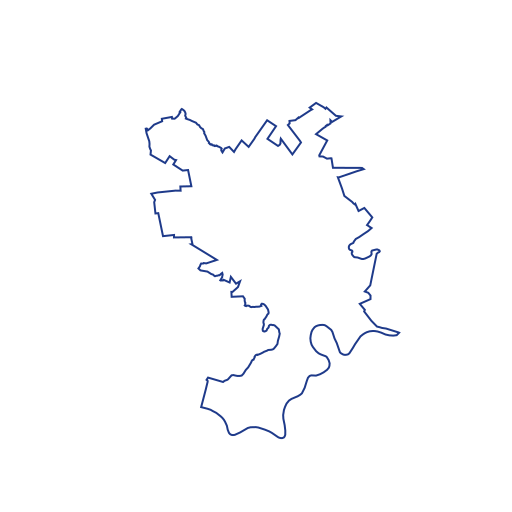 Catazajá, Chiapas, Mexico (Robinson projection), rotated 123°
{"feature_id": "50627088B33192672219794", "entity_name": "Catazajá", "entity_type": "district", "adm_level": 2, "iso_a3": "MEX", "parent_name": "Mexico", "parent_adm1": "Chiapas", "projection": "robinson", "projection_center": [-91.989, 17.768], "detail": "fine", "context": "isolated", "style": "outline", "palette": "blue", "viewbox_px": 512, "rotation_deg": 123, "n_neighbors": 0, "source": "geoboundaries", "source_scale": "gbopen_adm2", "svg_char_len": 6132}
<svg xmlns="http://www.w3.org/2000/svg" viewBox="0 0 512 512"><g transform="rotate(123 256 256)"><path d="M391.7,133.7L390.0,134.1L386.4,136.4L382.3,139.8L377.6,144.4L374.6,146.6L369.9,148.7L366.6,149.5L363.1,150.0L359.3,149.6L356.5,148.4L350.7,144.5L348.2,143.3L346.2,142.7L340.0,143.4L333.3,145.3L329.8,146.1L327.4,145.7L326.0,144.6L323.6,140.5L320.3,137.9L316.7,135.9L312.7,134.4L309.9,134.1L308.1,134.6L305.9,135.8L303.8,138.3L302.2,141.6L302.1,142.9L302.9,146.4L303.3,148.4L303.5,150.5L303.1,153.7L301.3,158.8L300.1,161.1L298.1,163.4L295.4,165.6L292.5,167.0L289.4,168.1L287.1,168.4L283.8,168.1L282.0,167.3L280.4,166.1L279.0,164.7L277.6,162.8L276.8,161.3L276.5,160.1L276.5,158.2L277.0,152.7L278.1,150.5L282.4,145.2L285.0,140.9L291.0,133.2L291.3,132.0L291.2,129.7L290.9,128.4L290.3,127.3L289.3,126.1L288.1,125.1L286.5,124.7L280.3,124.7L275.9,124.9L266.5,124.6L263.5,123.6L261.5,122.7L259.6,121.6L257.3,119.7L255.2,117.1L254.2,115.4L253.1,112.9L252.1,109.3L251.3,104.6L249.9,100.9L248.0,97.5L245.8,94.9L242.4,94.2L242.5,94.9L246.0,107.4L247.7,111.1L248.4,113.6L249.3,116.1L247.5,124.0L243.6,135.1L241.9,135.4L239.6,142.9L229.8,136.5L226.8,138.4L225.7,141.8L226.5,145.4L218.4,144.2L188.4,156.0L186.7,155.5L185.6,154.8L184.6,154.8L184.2,155.4L184.1,155.8L184.4,157.7L184.9,158.5L185.7,159.3L188.2,161.6L188.7,161.7L189.7,161.5L191.4,160.1L192.7,160.0L193.6,160.2L194.8,160.7L197.4,162.3L198.8,163.2L200.1,164.4L200.8,165.5L201.1,166.5L201.9,169.9L203.4,172.9L203.2,174.1L202.6,175.9L202.1,176.7L201.7,177.1L200.7,177.6L200.0,177.4L199.4,177.9L199.2,178.3L199.2,178.8L199.6,180.2L199.6,180.8L199.4,181.7L198.6,182.6L197.6,183.2L197.0,183.4L195.6,183.4L194.4,183.0L192.2,181.6L191.6,181.5L190.8,181.8L187.4,181.6L184.0,179.8L178.9,177.7L174.1,175.6L169.6,174.3L169.6,179.7L164.8,179.5L160.3,179.5L156.7,191.3L162.4,194.5L158.2,201.0L158.9,201.0L158.8,203.0L158.3,204.7L157.5,214.6L152.5,220.7L145.4,230.2L145.0,229.4L130.1,217.7L124.5,213.0L124.4,215.1L140.1,239.5L133.0,245.9L133.2,246.4L135.7,249.5L136.1,254.0L137.9,257.0L137.1,257.8L120.3,259.2L121.1,272.0L113.1,269.5L111.5,268.9L109.7,268.0L109.2,268.1L109.0,268.3L108.6,268.2L108.4,267.9L107.8,267.8L108.0,267.6L107.7,267.2L104.2,265.7L101.6,267.5L102.1,265.2L92.5,260.5L94.9,265.3L93.1,277.8L94.7,277.9L94.4,280.2L94.9,289.0L102.3,291.8L102.5,288.8L103.9,289.6L116.9,295.3L116.7,295.8L120.6,296.9L124.5,301.5L126.5,300.0L128.8,300.6L135.5,281.8L136.3,280.1L151.0,280.8L144.1,299.1L145.3,298.6L148.3,296.8L149.9,296.7L151.7,297.5L151.5,310.2L136.2,309.9L136.1,320.6L157.0,321.4L157.3,321.3L158.8,321.2L168.5,321.6L166.9,331.0L177.4,331.3L180.7,331.1L179.1,337.9L182.8,340.7L187.4,340.5L187.2,341.0L186.6,341.7L186.5,342.5L185.8,343.0L184.6,343.3L184.4,344.3L184.6,347.0L184.8,347.2L185.0,348.3L184.8,348.6L184.8,349.2L184.9,349.4L185.3,349.4L185.8,350.1L186.2,350.3L186.3,350.6L186.0,351.1L186.4,351.5L186.4,352.2L186.9,352.8L186.9,353.1L186.4,354.0L186.6,354.3L187.3,354.8L187.3,355.5L187.0,355.6L186.9,356.9L186.6,356.9L186.3,357.2L185.8,358.3L185.4,360.0L182.5,363.9L181.3,366.3L180.2,366.8L179.6,368.1L178.5,369.5L178.6,371.6L178.2,373.4L177.3,374.9L177.6,376.8L176.9,378.9L177.7,383.4L177.9,385.5L178.7,388.5L178.9,389.6L178.2,389.6L176.9,391.8L175.2,392.4L174.1,393.6L173.3,395.1L173.1,396.7L173.1,398.3L173.8,398.5L176.7,398.5L176.7,397.8L181.2,397.8L184.7,398.8L185.3,399.2L186.5,401.2L185.2,402.3L192.2,409.7L194.1,408.1L201.4,413.0L206.5,414.1L209.4,415.1L209.0,415.9L209.3,415.9L210.1,416.4L208.9,417.4L209.3,417.8L212.6,414.7L217.9,408.0L219.9,406.4L222.4,404.9L223.9,403.0L224.7,401.6L228.4,399.7L227.5,382.8L219.3,382.8L219.7,377.5L219.7,376.9L219.1,375.3L224.3,375.2L224.3,364.0L220.9,359.8L232.7,348.2L238.9,357.3L242.3,354.8L245.0,359.1L256.3,373.1L260.8,377.7L263.9,371.2L266.3,370.7L275.1,363.5L273.3,361.3L290.0,344.8L283.0,336.2L285.1,334.9L275.5,320.5L275.7,320.3L275.9,320.5L280.6,315.8L281.4,316.7L280.6,286.7L289.3,293.7L290.4,296.0L290.7,296.0L291.1,296.2L292.2,297.9L293.7,297.8L295.2,297.4L297.8,297.5L298.3,294.7L295.5,288.2L295.5,283.7L295.0,281.9L295.1,281.4L295.3,280.4L295.3,279.4L294.1,278.4L293.4,277.5L292.4,276.8L292.0,276.1L289.9,275.6L288.6,275.1L289.8,273.8L291.3,273.3L292.3,272.8L295.8,272.7L295.7,272.0L294.9,271.8L294.6,270.4L293.6,270.2L292.6,263.7L287.2,265.7L290.1,257.7L285.9,255.6L291.9,254.2L298.8,256.1L299.0,256.2L299.5,257.1L303.5,254.2L296.9,245.0L298.0,242.2L299.2,241.5L300.5,240.4L301.0,239.5L301.4,239.2L301.9,239.1L302.8,238.4L303.6,238.5L303.7,238.0L303.6,237.5L303.4,237.0L302.9,237.0L302.7,236.7L301.8,235.3L301.5,234.5L301.7,232.9L301.3,231.9L300.4,231.0L299.9,230.0L299.5,229.4L298.6,228.4L296.8,225.8L294.9,224.3L294.4,225.0L294.2,225.2L293.6,225.3L292.8,225.1L292.3,223.8L292.2,222.6L292.6,220.7L294.1,217.3L294.5,216.6L296.4,214.7L297.5,214.2L298.9,214.6L301.3,214.3L302.5,214.4L303.7,214.3L305.1,214.7L305.9,214.5L307.4,213.8L308.2,213.1L308.7,212.4L309.2,212.1L309.7,211.8L313.6,210.7L313.9,210.5L315.0,209.5L315.1,209.1L314.9,208.5L314.9,208.1L314.6,207.9L314.5,207.5L313.0,206.6L312.3,206.6L311.3,206.9L309.1,206.5L308.5,206.7L308.0,207.0L307.4,207.1L306.3,206.8L306.0,206.6L305.4,205.9L305.0,204.7L304.3,203.6L304.1,202.3L305.1,196.9L307.4,194.8L308.2,193.8L311.0,192.7L315.3,191.4L318.1,190.1L320.7,190.2L323.4,190.5L324.5,190.7L325.3,191.2L326.2,192.0L328.2,194.6L329.4,195.2L332.0,197.1L333.1,197.6L335.7,199.1L338.2,200.9L338.1,201.4L339.3,202.2L340.0,202.3L341.3,202.3L341.5,202.0L344.4,201.6L345.0,202.3L346.5,202.4L348.0,202.1L353.7,201.9L357.1,202.5L361.6,202.4L364.1,202.9L365.5,204.4L366.7,206.2L367.7,208.7L368.1,210.0L369.4,211.5L374.6,212.3L375.4,212.6L377.8,214.4L379.6,215.0L384.1,230.0L386.8,230.0L386.9,228.9L387.2,228.4L388.0,228.0L395.4,225.4L412.6,219.7L410.5,213.4L409.7,210.3L409.6,207.9L409.2,203.9L409.7,198.2L410.1,196.0L410.8,193.8L411.9,191.6L414.2,188.0L417.1,185.1L418.6,183.0L419.2,182.0L419.5,180.7L419.4,179.2L418.8,177.9L417.6,176.4L412.6,173.2L404.7,169.2L402.6,167.3L399.6,162.9L398.6,160.7L396.8,154.0L395.9,149.4L395.7,146.3L395.9,139.6L395.9,138.4L395.6,137.1L395.1,135.8L394.3,134.7L393.0,133.8L391.7,133.7Z" fill="none" stroke="#1e3a8a" stroke-width="2"/></g></svg>